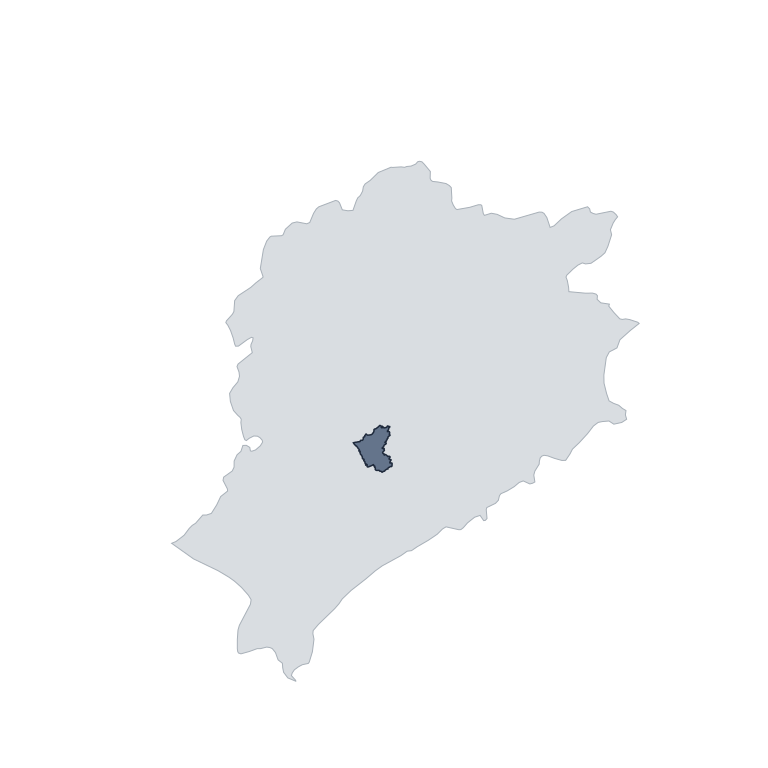 location of Kapyl, Minsk, Belarus, rotated 319°
{"feature_id": "67162791B49789732024983", "entity_name": "Kapyl", "entity_type": "district", "adm_level": 2, "iso_a3": "BLR", "parent_name": "Belarus", "parent_adm1": "Minsk", "projection": "robinson", "projection_center": [27.145, 53.093], "detail": "fine", "context": "in_parent", "style": "filled", "palette": "slate", "viewbox_px": 768, "rotation_deg": 319, "n_neighbors": 0, "source": "geoboundaries", "source_scale": "gbopen_adm2", "svg_char_len": 8845}
<svg xmlns="http://www.w3.org/2000/svg" viewBox="0 0 768 768"><g transform="rotate(319 384 384)"><path d="M616.3,505.7L604.9,505.2L591.1,505.4L583.5,509.6L575.1,507.6L569.1,509.9L555.8,521.5L550.6,527.7L545.7,537.3L542.8,544.4L544.6,549.3L547.2,554.0L547.9,558.9L549.2,562.8L545.9,565.7L544.0,569.8L538.2,569.0L531.1,565.1L529.5,559.5L524.0,555.5L520.4,553.5L514.5,553.1L505.1,555.0L492.8,556.4L483.5,556.8L478.5,558.8L471.0,560.8L468.1,558.4L463.9,552.0L460.4,545.6L458.0,542.8L456.0,542.0L453.5,542.2L450.6,544.2L448.5,546.3L440.7,548.7L437.3,551.0L433.6,556.9L431.1,556.4L428.5,555.1L425.5,548.5L421.4,547.0L414.9,546.9L406.8,545.5L400.3,543.5L397.9,544.0L394.0,546.8L389.8,547.2L380.6,544.7L378.8,545.8L373.5,553.1L371.0,553.4L369.6,552.5L370.3,546.2L365.0,544.0L355.9,543.6L349.6,544.5L346.5,544.3L344.9,543.1L337.1,532.5L333.0,531.8L325.6,532.3L314.8,531.0L302.3,528.6L295.4,527.8L291.8,525.4L284.1,524.6L263.5,520.1L255.0,519.3L242.6,519.2L223.7,518.2L211.5,518.8L205.9,520.3L199.4,521.2L176.9,522.4L168.8,523.6L166.5,525.8L163.7,530.7L154.3,539.1L145.2,544.8L143.5,545.2L138.3,542.3L133.9,541.3L128.8,540.9L125.1,541.9L122.8,543.3L122.9,549.8L122.4,550.4L118.6,542.7L119.1,535.7L121.4,531.7L124.1,528.1L123.1,522.7L125.9,515.5L126.1,510.4L125.0,508.1L122.9,505.6L117.2,502.7L114.6,500.5L106.8,497.5L99.0,493.8L97.7,491.5L98.1,489.9L99.6,487.6L105.7,480.6L112.4,473.9L116.6,471.2L138.7,462.6L142.2,459.6L143.1,454.5L143.0,444.1L141.8,434.7L140.3,428.3L136.3,416.1L125.5,391.0L119.2,364.9L123.6,366.4L134.0,367.0L142.3,365.2L146.6,364.9L150.4,365.5L161.3,364.0L164.0,366.4L168.8,368.4L178.4,365.5L186.9,361.8L195.7,362.2L197.0,360.4L199.3,351.1L201.9,349.1L212.4,350.1L216.3,348.4L220.4,343.8L226.7,341.0L231.8,341.0L237.2,337.8L239.9,340.0L241.1,343.8L239.3,346.8L240.1,348.0L243.8,349.5L250.2,349.5L254.3,348.2L255.2,346.5L255.2,343.3L254.3,340.4L251.6,337.8L246.5,336.5L243.0,336.4L242.4,334.8L243.6,331.4L246.8,325.0L250.7,319.2L253.1,317.0L253.5,315.0L253.1,311.5L253.0,305.3L256.6,296.4L261.3,289.8L267.5,287.7L275.1,286.5L280.0,283.4L282.4,279.9L284.5,274.4L286.9,273.2L305.2,273.9L308.0,268.4L309.6,266.9L313.1,265.3L315.5,263.3L314.6,261.8L309.9,260.8L299.0,259.9L296.8,258.1L297.5,255.9L300.4,250.2L303.3,242.9L304.7,237.2L304.9,233.9L306.5,233.0L315.4,231.9L318.3,230.8L326.0,223.1L331.9,221.7L346.9,223.7L353.8,223.6L362.6,224.1L363.3,223.3L366.4,215.7L381.2,203.4L389.2,199.2L394.2,198.2L395.9,198.5L404.0,204.9L405.8,205.2L411.1,202.5L420.3,202.3L424.6,204.5L430.8,212.4L433.9,213.4L442.8,209.0L447.7,207.5L451.0,207.5L467.9,213.7L469.2,215.7L469.3,218.0L466.8,225.2L470.4,229.6L474.5,232.6L483.1,227.7L486.3,226.3L489.8,226.2L494.4,224.4L497.8,221.6L501.0,220.6L507.2,221.3L518.4,220.6L531.5,225.0L532.7,226.3L539.4,231.4L541.7,234.0L543.9,234.8L547.4,237.3L552.1,238.8L555.3,238.4L556.9,239.2L558.4,241.2L558.6,244.5L558.4,254.0L553.8,259.0L553.2,260.8L553.5,262.9L557.3,267.0L562.3,273.4L563.5,277.1L563.6,279.9L557.2,288.2L555.1,290.2L553.7,294.3L553.0,298.5L553.5,300.2L564.6,306.9L572.8,310.6L574.7,312.3L574.9,313.4L570.7,320.6L570.4,322.6L577.0,325.5L580.7,330.2L584.1,337.9L590.5,345.2L613.8,356.0L615.9,357.9L616.7,360.2L616.1,365.2L612.1,374.8L616.1,376.2L626.3,375.8L638.8,377.0L653.9,383.8L654.1,386.8L652.6,389.6L653.7,392.5L655.4,395.0L668.6,402.5L669.9,404.7L670.3,408.4L670.0,411.1L666.4,411.7L662.5,412.9L656.1,416.1L653.7,420.7L643.3,427.0L636.9,429.9L631.7,430.0L619.4,428.7L614.9,425.6L613.1,422.7L608.3,421.5L602.0,421.3L593.3,421.8L591.5,422.7L590.2,426.2L586.7,432.2L584.1,435.6L595.4,447.4L601.1,452.3L603.0,455.3L603.0,457.4L600.4,459.9L600.9,465.0L606.5,471.6L604.7,472.7L604.4,480.8L604.7,489.5L606.2,491.6L609.1,493.4L611.7,496.6L616.0,503.8L616.3,505.7Z" fill="#d9dde1" stroke="#a8b0b8" stroke-width="1"/><path d="M340.4,441.7L339.9,441.6L339.4,441.5L339.3,441.1L339.3,440.2L339.2,439.5L339.1,439.1L339.0,438.5L338.8,438.2L338.5,437.9L338.1,437.9L337.7,437.9L337.6,437.7L337.6,437.4L337.9,437.1L338.1,436.9L338.2,436.6L338.1,436.3L337.9,436.1L337.7,435.8L337.8,435.2L338.0,434.8L338.9,434.5L339.5,434.5L340.0,434.5L340.4,434.4L340.8,434.3L341.0,433.9L340.9,433.7L341.0,433.4L341.4,433.2L341.7,433.0L341.7,432.6L341.3,432.4L341.0,432.1L340.7,431.8L340.5,431.5L340.5,431.3L340.9,431.0L341.3,431.0L342.1,431.0L342.5,431.0L342.9,430.9L343.3,430.7L343.6,430.4L344.0,430.3L344.3,430.2L344.9,430.3L345.2,430.4L345.5,430.6L345.8,430.6L346.3,430.4L346.8,430.2L346.9,429.9L346.9,429.6L346.7,429.4L346.4,429.0L346.4,428.8L346.4,428.7L346.8,428.6L347.1,428.5L347.5,428.5L347.8,428.7L348.0,428.7L348.3,428.6L348.5,428.3L348.6,428.2L348.8,428.1L349.1,428.2L349.4,428.1L349.7,428.0L350.0,427.9L350.1,427.7L350.4,427.5L350.7,427.5L351.0,427.4L351.3,427.4L351.6,427.4L351.7,427.1L351.8,426.9L352.1,426.7L352.4,426.6L352.9,426.6L353.2,426.6L353.5,426.6L353.8,426.6L354.3,426.7L354.7,426.7L355.0,426.6L355.1,426.4L355.1,426.2L355.0,425.9L354.9,425.7L355.1,425.2L355.3,425.1L355.6,425.1L356.0,424.8L356.3,424.6L356.4,424.3L356.5,424.1L356.6,423.9L356.7,423.6L356.6,423.4L356.5,423.1L356.4,423.0L356.2,422.7L355.6,422.4L355.4,422.2L355.7,421.8L355.9,421.6L356.2,421.6L356.6,421.6L357.3,421.5L357.5,421.4L357.7,421.1L358.3,420.7L358.6,420.4L359.0,420.4L359.7,420.4L359.9,420.3L360.2,420.2L360.4,419.9L360.1,419.5L359.9,419.3L359.6,419.1L359.5,418.7L359.5,418.4L359.4,418.2L359.0,418.0L358.7,418.0L358.4,418.1L358.2,418.3L357.8,418.4L357.6,418.4L357.0,418.2L356.4,417.8L355.8,417.6L355.6,417.4L355.3,417.1L355.1,416.9L355.1,416.7L355.3,416.3L355.2,416.0L354.9,415.9L354.4,415.9L354.1,415.9L353.6,415.6L353.5,415.2L354.1,415.2L354.4,415.1L354.8,415.0L355.0,414.9L355.0,414.7L354.7,414.4L354.4,414.2L354.1,413.8L354.1,413.4L353.9,413.1L353.9,412.8L353.8,412.6L353.7,412.6L353.2,412.5L352.1,412.6L350.9,412.6L349.7,412.5L349.0,412.5L348.6,412.4L348.2,412.3L347.9,412.1L347.5,411.9L347.2,411.8L346.9,411.8L346.4,411.9L346.2,412.2L346.0,412.5L345.7,412.7L345.3,413.1L344.4,413.6L344.0,413.7L343.4,413.7L343.0,413.9L342.5,414.0L342.0,414.0L341.2,413.9L340.3,413.4L339.5,412.9L338.5,412.2L338.1,411.9L337.9,411.6L337.8,411.3L337.8,410.9L337.8,410.7L337.8,410.2L337.6,410.0L337.3,409.9L336.8,410.1L336.6,410.2L336.3,410.3L336.0,410.3L335.7,410.3L335.3,410.7L335.2,410.8L335.0,411.0L334.7,411.1L334.4,411.0L334.0,410.8L333.8,410.7L333.4,410.7L333.3,410.8L333.1,411.0L332.8,411.2L332.6,411.5L332.3,411.9L332.0,412.0L331.6,412.2L331.2,412.3L330.9,412.3L330.7,412.3L330.5,412.1L330.2,411.8L330.0,411.6L329.8,411.5L329.6,411.3L329.3,411.2L329.1,411.2L328.8,411.3L328.7,411.5L328.2,411.7L327.7,411.5L327.4,411.3L326.6,410.7L326.1,410.4L325.1,409.9L324.3,409.3L323.6,408.9L323.2,408.7L322.7,408.4L322.3,408.3L322.3,408.7L322.2,409.1L322.1,410.0L322.1,410.6L322.2,411.9L322.2,412.4L322.4,412.5L322.6,412.8L322.6,413.1L322.4,413.5L322.5,414.3L322.5,414.6L322.3,415.1L322.2,415.7L322.3,417.2L322.2,417.5L321.8,417.7L321.6,417.8L321.3,417.8L321.1,418.0L321.2,418.3L321.4,418.5L321.6,418.7L321.8,418.9L321.8,419.2L321.5,419.5L321.2,419.7L320.9,419.8L320.8,420.1L320.9,420.4L320.8,420.7L320.6,420.9L320.3,421.1L320.2,421.5L320.1,422.1L320.2,422.4L320.4,422.8L320.3,423.1L320.2,423.4L320.0,423.9L320.0,424.3L319.9,424.7L319.6,425.1L319.2,425.5L319.0,425.9L318.8,426.2L318.9,426.7L319.1,426.9L319.3,427.1L319.5,427.6L319.5,427.8L319.1,428.0L318.7,428.3L318.5,428.5L318.5,429.0L318.4,429.3L318.6,429.6L318.6,429.9L318.5,430.3L318.2,430.6L318.0,430.9L317.8,431.2L317.7,431.5L317.7,431.8L317.9,432.1L318.0,432.3L317.8,432.5L317.3,432.8L317.1,432.9L317.0,433.2L317.4,433.4L317.8,433.4L318.1,433.4L318.3,433.6L318.3,434.0L317.9,434.4L317.5,434.6L317.2,435.0L317.1,435.6L317.3,436.0L317.6,436.2L318.5,436.6L319.2,436.8L320.0,437.1L321.0,437.4L321.6,437.6L322.2,437.7L322.7,437.7L323.1,437.9L323.1,438.2L322.8,438.6L322.6,438.9L322.6,439.2L322.8,439.5L323.1,439.7L323.1,440.1L322.8,440.3L322.3,440.6L322.3,440.8L322.4,441.1L322.4,441.6L322.3,441.8L321.9,442.1L321.7,442.4L321.3,442.8L321.3,443.3L321.4,443.8L321.6,444.2L322.0,444.6L322.6,445.1L323.2,445.6L323.5,445.8L323.7,446.2L323.7,446.5L323.7,447.2L324.0,447.4L324.3,447.7L324.5,448.0L324.6,448.5L324.6,448.9L324.6,449.2L324.8,449.4L325.4,449.5L325.9,449.5L326.3,449.6L326.8,449.9L327.2,450.1L327.6,450.1L327.9,449.9L328.3,449.9L329.0,449.9L329.7,450.0L330.3,450.1L330.7,450.3L330.9,450.5L331.1,450.7L331.5,450.4L331.9,450.1L332.2,450.1L332.6,450.0L333.1,450.3L333.4,450.4L333.8,450.4L334.2,450.4L334.6,450.5L334.9,450.7L335.2,450.9L335.4,451.2L335.7,451.2L336.1,451.2L336.5,450.9L336.9,450.4L337.2,450.1L337.6,449.8L337.9,449.4L338.1,449.0L337.9,448.6L337.6,448.2L337.2,448.0L336.8,447.6L336.7,447.3L337.1,446.9L337.5,446.7L338.2,446.4L338.6,446.3L339.3,446.1L339.6,445.7L339.4,445.4L339.0,445.0L338.6,444.4L338.6,444.1L338.8,443.7L339.4,443.6L339.9,443.5L340.4,443.3L340.7,443.1L340.8,442.6L340.6,442.3L340.4,441.9L340.4,441.7Z" fill="#64748b" stroke="#1e293b" stroke-width="1.5"/></g></svg>